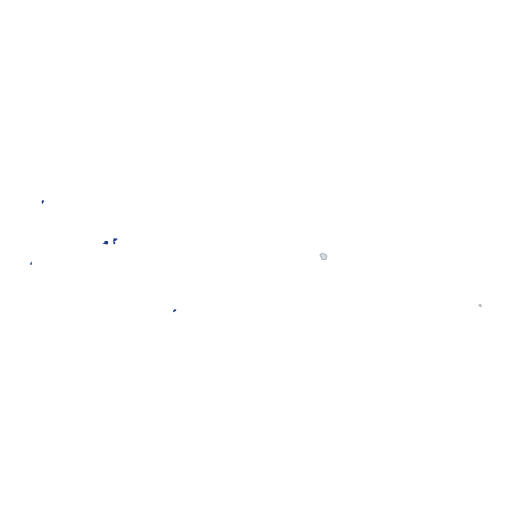 location of Chuuk within Federated States of Micronesia
{"feature_id": "FSM-4942", "entity_name": "Chuuk", "entity_type": "state/province", "adm_level": 1, "iso_a3": "FSM", "parent_name": "Federated States of Micronesia", "parent_adm1": "", "projection": "albers", "projection_center": [151.099, 7.137], "detail": "coarse", "context": "in_parent", "style": "filled", "palette": "blue", "viewbox_px": 512, "rotation_deg": 0, "n_neighbors": 0, "source": "natural_earth", "source_scale": "10m", "svg_char_len": 1258}
<svg xmlns="http://www.w3.org/2000/svg" viewBox="0 0 512 512"><path d="M326.3,258.9L324.4,259.6L322.0,259.3L321.2,256.6L320.1,255.9L320.3,254.6L322.0,253.5L325.6,254.3L326.9,256.2L326.1,257.5L326.3,258.9ZM107.3,243.1L107.0,243.5L105.0,243.3L104.8,243.1L104.9,242.9L105.9,242.7L106.0,242.1L105.5,242.0L105.9,241.7L106.7,241.6L107.2,242.0L107.4,242.5L107.3,243.1ZM480.9,304.9L481.3,306.5L479.2,305.8L478.9,305.2L480.1,304.6L480.9,304.9ZM115.0,240.2L114.4,240.4L114.1,240.2L114.3,239.4L114.4,239.1L115.0,239.1L115.9,239.3L116.0,239.5L115.0,240.2Z" fill="#d9dde1" stroke="#a8b0b8" stroke-width="1"/><path d="M105.4,241.8L106.5,241.6L106.9,241.7L107.4,242.3L107.4,242.8L107.2,243.4L106.9,243.7L106.5,243.2L106.3,243.2L106.0,243.4L104.7,243.2L105.5,242.8L106.3,242.7L106.5,242.4L106.4,242.1L105.6,242.2L105.4,241.8ZM114.8,239.3L115.1,239.2L116.2,239.3L115.3,240.1L114.1,240.5L114.2,239.7L114.4,239.1L114.8,239.3ZM174.0,311.0L174.1,310.6L174.5,310.2L175.1,310.0L175.4,310.1L175.3,310.4L174.0,311.0ZM42.5,202.4L42.4,201.9L42.5,201.4L42.7,201.0L43.1,201.0L43.2,201.3L42.5,202.4ZM114.2,244.0L114.1,242.8L114.1,242.3L114.4,242.5L114.5,242.9L114.2,244.0ZM30.7,264.5L30.8,264.0L31.0,263.7L31.0,264.1L30.7,264.5Z" fill="#3b82f6" stroke="#1e3a8a" stroke-width="1.5"/></svg>